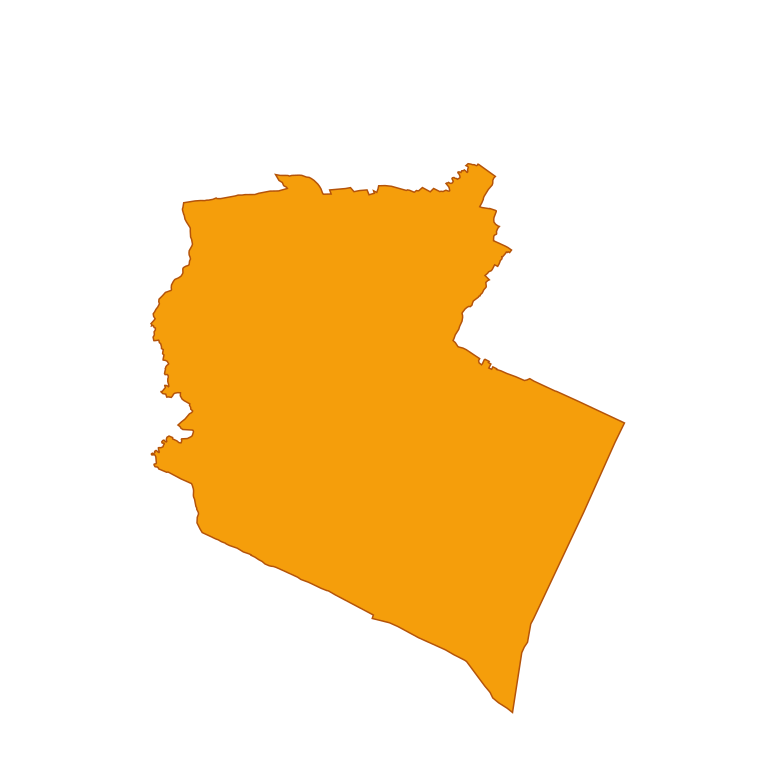 outline of Orlesti, Vâlcea, Romania, rotated 26°
{"feature_id": "2599482B88364464884635", "entity_name": "Orlesti", "entity_type": "district", "adm_level": 2, "iso_a3": "ROU", "parent_name": "Romania", "parent_adm1": "Vâlcea", "projection": "equal_earth", "projection_center": [24.217, 44.795], "detail": "fine", "context": "isolated", "style": "filled", "palette": "amber", "viewbox_px": 768, "rotation_deg": 26, "n_neighbors": 0, "source": "geoboundaries", "source_scale": "gbopen_adm2", "svg_char_len": 6170}
<svg xmlns="http://www.w3.org/2000/svg" viewBox="0 0 768 768"><g transform="rotate(26 384 384)"><path d="M643.5,622.9L625.6,565.1L625.4,559.0L626.2,553.2L621.1,535.3L621.3,529.5L619.7,411.8L617.2,335.2L617.2,313.6L564.8,314.4L542.4,315.0L540.8,315.3L517.5,315.7L512.7,315.3L510.7,317.7L508.7,319.3L499.3,319.7L489.7,320.7L483.4,320.9L478.7,321.6L478.6,320.9L474.3,320.9L474.3,323.6L471.2,323.7L471.3,319.2L468.4,318.9L468.6,317.6L464.0,317.5L463.5,318.3L463.6,322.7L463.2,324.0L460.2,323.3L458.8,321.6L458.9,319.3L442.9,317.1L439.2,317.1L435.4,317.9L434.1,318.0L429.9,315.5L427.0,314.7L427.0,312.6L426.5,308.6L427.2,302.1L426.7,299.0L426.6,293.4L425.5,289.7L424.6,288.0L423.1,286.2L423.2,285.0L424.0,281.0L425.1,278.6L426.2,277.1L427.7,276.6L428.5,274.4L428.1,272.9L427.9,270.2L430.7,264.7L431.0,263.1L431.6,262.8L431.6,261.2L432.4,259.1L432.4,255.5L433.3,252.4L433.1,251.4L431.0,248.1L431.9,245.6L433.0,244.2L427.2,242.2L428.6,239.0L428.8,237.4L430.8,235.0L431.1,233.2L431.2,228.4L434.6,228.4L434.8,225.7L434.6,223.0L434.4,222.2L435.1,219.9L434.9,219.1L434.1,218.0L434.8,217.8L435.8,214.1L436.1,211.8L437.0,211.9L437.6,210.8L439.3,210.8L439.9,207.7L435.5,207.0L432.6,206.9L419.8,207.2L419.7,206.8L419.4,206.8L417.9,203.1L418.1,201.7L419.3,200.2L419.4,199.7L418.2,197.5L418.0,194.3L418.6,191.8L417.4,192.0L414.3,191.5L411.8,190.2L410.5,188.0L409.9,186.3L409.3,179.9L409.0,179.2L408.0,179.1L402.1,179.9L402.0,180.2L394.5,182.5L392.3,182.7L392.5,178.2L392.3,174.5L391.9,173.4L391.7,171.7L392.5,163.4L394.0,157.7L393.7,155.8L392.5,153.2L392.4,150.8L393.1,148.6L372.6,145.1L372.0,145.3L372.1,146.3L371.3,147.3L369.1,147.3L367.3,148.1L365.7,148.3L363.0,149.1L361.9,151.8L363.9,151.8L364.8,152.3L365.1,154.5L366.1,156.2L366.2,157.0L366.0,157.4L365.5,157.4L364.4,156.8L362.3,156.4L361.9,157.4L360.4,158.3L360.4,160.2L359.0,160.3L357.7,160.9L357.6,161.3L357.9,161.8L359.7,162.6L361.1,163.9L361.7,164.9L361.7,165.6L360.2,167.8L359.2,167.5L357.4,168.0L356.4,167.7L355.3,168.5L355.0,169.2L355.1,169.7L357.4,171.4L357.3,173.2L356.5,174.2L355.3,174.7L353.6,174.5L353.2,175.3L352.3,175.8L351.8,176.6L355.3,178.2L356.4,178.9L358.1,181.1L358.3,181.5L358.1,182.0L357.3,182.4L354.7,182.7L352.7,185.1L350.7,185.8L349.8,186.6L342.9,186.5L341.3,191.0L332.4,190.6L330.5,195.1L329.9,195.5L328.3,195.9L327.4,198.0L327.0,198.4L322.0,198.7L319.9,199.3L319.4,200.1L319.0,200.3L304.1,203.0L298.0,205.2L292.3,208.2L293.1,211.2L293.5,215.0L289.9,214.9L291.7,216.8L287.6,220.5L283.7,217.0L277.3,220.8L272.7,224.3L267.8,222.2L263.7,225.2L250.1,233.4L253.2,236.4L246.3,240.0L244.9,239.2L241.9,236.3L239.5,234.7L236.8,233.3L231.9,231.7L228.7,231.2L226.2,231.1L223.6,232.0L218.7,232.5L216.2,233.5L209.8,236.9L207.8,238.6L206.2,238.7L199.1,242.1L194.7,243.3L200.4,247.1L204.3,247.5L206.9,249.7L210.2,249.9L211.4,250.6L204.6,256.7L197.0,260.6L187.8,267.5L184.9,270.3L176.1,274.7L173.5,276.5L170.0,278.2L168.0,280.1L155.9,289.0L152.6,290.6L151.6,290.4L149.2,293.1L145.5,295.8L144.2,296.4L142.4,297.8L138.9,299.4L133.9,302.3L124.5,308.9L125.9,313.5L126.0,314.6L126.5,315.8L129.5,319.2L130.5,320.0L132.9,323.1L135.5,325.0L141.1,328.4L141.8,329.2L142.8,331.4L145.7,336.6L147.7,338.4L150.6,342.3L150.8,344.2L150.5,349.6L151.2,351.5L152.3,353.4L154.0,354.9L155.3,356.5L155.3,358.7L156.5,362.1L156.1,363.2L154.1,365.2L152.8,367.2L152.6,368.1L152.9,369.1L154.5,372.1L154.6,373.6L154.3,376.1L152.7,378.8L150.4,381.4L150.1,382.1L149.7,384.1L149.6,388.2L150.6,390.8L151.6,392.2L151.6,393.2L147.4,397.5L146.2,401.8L144.6,406.4L145.5,408.8L147.0,410.4L146.9,413.9L146.3,416.8L146.2,419.7L145.8,422.1L147.3,424.2L149.7,425.7L149.3,427.8L148.1,431.9L149.4,432.5L149.6,433.7L150.7,432.7L151.5,432.9L152.6,434.0L154.0,433.9L154.8,435.7L154.5,437.9L155.9,440.2L156.1,441.2L155.9,443.1L158.1,445.9L158.9,445.6L162.2,443.4L162.6,443.6L164.0,445.3L165.4,445.6L165.9,446.0L167.6,448.0L168.5,449.7L170.5,449.8L171.6,453.6L171.9,453.9L173.4,454.3L173.7,455.0L174.6,458.7L175.0,459.3L177.3,458.6L178.7,458.6L179.5,458.8L181.6,460.3L181.6,460.7L180.6,462.7L180.4,464.6L180.7,465.4L180.6,466.1L181.2,466.8L181.5,468.4L182.2,470.9L183.2,471.5L185.1,470.5L186.4,471.1L187.2,472.6L187.4,474.1L188.6,476.6L190.7,479.0L191.6,480.5L191.4,481.0L190.5,480.7L188.8,480.8L187.6,481.4L187.7,481.8L188.7,482.4L189.0,483.1L187.9,487.9L186.9,488.5L187.0,488.8L189.4,489.6L192.3,488.8L194.5,491.0L195.9,490.1L198.7,489.3L199.2,487.3L199.3,485.3L200.0,484.0L202.2,482.3L204.9,481.1L206.1,483.9L209.2,486.1L211.7,486.6L218.2,487.0L218.5,488.4L220.4,489.7L221.4,491.4L223.7,492.0L224.0,492.8L223.3,494.6L222.2,496.1L220.5,502.8L218.7,506.5L216.8,511.2L219.4,511.7L220.7,512.7L223.1,513.1L231.7,509.5L232.7,509.4L233.7,510.4L234.3,514.5L233.8,515.8L231.2,519.2L226.2,522.0L226.1,522.5L227.1,523.7L227.4,525.6L227.3,526.0L225.4,526.6L222.8,525.9L218.1,526.0L217.5,524.8L213.6,525.0L212.3,527.0L212.6,529.2L213.9,530.8L213.8,531.4L212.9,531.6L210.8,530.9L210.0,531.7L209.6,533.2L210.0,533.9L210.5,534.3L211.0,534.2L212.1,533.6L212.8,534.2L212.6,535.9L212.9,537.0L212.7,537.6L211.3,539.1L209.6,539.8L209.2,540.3L210.2,541.9L211.8,543.5L211.9,544.1L211.3,544.4L208.7,543.6L208.1,543.8L207.5,544.9L207.4,545.1L208.1,545.9L207.6,547.3L207.3,547.7L206.2,547.7L205.6,548.7L205.9,549.3L206.5,549.5L208.8,548.2L209.8,548.6L210.9,549.6L214.1,554.9L214.0,555.6L212.6,556.7L212.6,557.2L212.9,557.6L214.1,558.5L214.6,558.7L216.7,558.0L217.6,558.2L218.8,559.1L227.3,558.6L228.6,557.8L243.4,558.3L254.6,557.9L255.8,558.8L258.6,561.8L259.7,563.5L261.4,567.5L262.3,568.9L264.2,570.6L268.6,576.5L269.9,577.4L270.6,578.7L272.8,580.3L273.7,581.2L274.3,582.3L274.6,585.7L276.8,590.8L282.3,595.0L285.7,597.2L300.9,597.0L303.3,596.7L306.9,597.0L311.4,596.6L312.0,596.9L315.8,596.9L324.0,595.9L331.1,596.6L337.5,595.8L339.5,595.8L339.5,596.2L344.0,596.2L348.4,596.8L352.2,596.9L355.9,597.9L360.4,597.7L362.6,597.2L364.5,596.5L367.4,596.1L391.0,595.5L394.9,596.1L403.0,595.3L417.2,595.2L423.4,594.7L424.5,594.3L432.8,594.9L475.7,596.3L476.2,599.9L493.6,596.2L502.7,595.9L526.2,596.9L555.8,596.0L565.5,596.7L577.9,596.9L580.0,597.3L607.0,611.3L613.3,614.1L614.7,614.8L619.4,618.5L626.8,620.3L636.6,621.4L643.5,622.9Z" fill="#f59e0b" stroke="#b45309" stroke-width="1.5"/></g></svg>